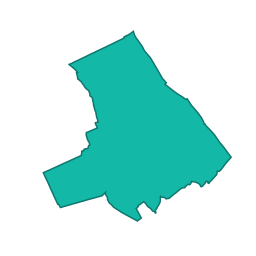 Prundu, Giurgiu, Romania, rotated 256°
{"feature_id": "2599482B89662234668465", "entity_name": "Prundu", "entity_type": "district", "adm_level": 2, "iso_a3": "ROU", "parent_name": "Romania", "parent_adm1": "Giurgiu", "projection": "mercator", "projection_center": [26.231, 44.069], "detail": "fine", "context": "isolated", "style": "filled", "palette": "teal", "viewbox_px": 256, "rotation_deg": 256, "n_neighbors": 0, "source": "geoboundaries", "source_scale": "gbopen_adm2", "svg_char_len": 5386}
<svg xmlns="http://www.w3.org/2000/svg" viewBox="0 0 256 256"><g transform="rotate(256 128 128)"><path d="M74.7,221.0L76.5,220.2L86.7,216.0L92.2,213.3L100.4,210.3L106.8,206.9L110.8,204.5L112.3,203.9L113.3,203.6L113.3,203.1L116.1,202.7L117.1,202.5L120.4,201.7L126.8,199.0L134.8,195.0L141.0,192.8L142.1,192.4L141.7,191.0L142.2,190.6L144.9,188.4L148.9,184.5L152.8,181.2L155.0,179.5L161.4,174.5L162.6,176.1L166.2,174.3L166.3,174.1L167.7,173.4L176.3,171.0L185.5,168.3L190.4,166.8L190.7,166.7L198.7,162.7L203.5,161.6L211.1,158.7L211.8,158.4L213.6,157.6L215.4,157.1L217.1,156.7L220.5,156.6L219.0,153.1L217.7,148.8L218.0,148.7L217.2,146.2L216.8,146.4L216.6,146.4L216.5,146.1L216.0,144.7L215.9,144.6L215.8,144.4L215.8,143.9L215.4,142.1L214.9,139.5L213.8,134.4L212.7,129.3L211.6,124.0L209.8,114.8L209.5,114.3L209.4,113.6L209.3,112.3L208.6,108.9L207.5,104.1L206.8,100.5L205.9,96.6L205.4,93.6L204.7,90.5L204.4,89.2L203.9,86.4L204.0,86.3L203.8,86.1L203.4,86.5L198.1,90.5L194.1,92.7L194.2,91.5L194.2,91.4L191.0,91.4L190.4,91.4L189.0,91.3L188.7,91.2L188.2,91.1L187.9,91.1L187.5,91.3L187.3,91.4L186.7,92.0L186.2,92.4L185.8,92.6L185.0,93.2L184.4,93.7L183.7,94.0L183.1,94.2L182.0,94.6L181.3,94.9L180.3,95.4L180.0,95.5L179.7,95.6L179.4,95.6L178.3,95.9L178.0,96.0L177.1,96.5L176.7,96.7L175.2,97.7L175.0,97.8L174.4,98.4L174.0,98.8L173.8,98.9L173.0,99.0L172.3,99.0L171.1,99.2L170.7,99.5L170.4,99.3L169.6,99.0L169.4,99.0L169.2,98.9L168.9,98.9L168.4,99.0L167.9,99.1L167.6,99.5L167.2,100.1L166.6,100.4L166.3,100.5L166.1,100.5L165.8,100.6L165.1,100.6L164.8,100.6L163.2,100.5L162.4,100.4L161.9,100.4L161.5,100.4L161.2,100.4L160.3,100.5L159.8,100.5L159.6,100.4L159.3,100.3L159.1,100.2L158.8,100.1L158.6,100.1L158.3,100.1L157.6,100.2L157.2,100.2L156.5,100.2L156.2,100.2L155.4,100.2L154.7,100.2L154.4,100.2L154.0,100.2L153.6,100.2L152.6,100.3L152.2,100.4L151.9,100.5L151.6,100.6L151.1,100.6L150.8,100.6L150.4,100.5L150.2,100.4L149.9,100.4L149.4,100.5L148.8,100.4L148.1,100.3L146.7,100.3L146.0,100.2L145.6,100.2L144.6,100.4L144.2,100.4L143.9,100.4L143.2,100.5L142.8,100.5L142.5,100.4L142.2,100.3L141.8,100.4L141.5,100.5L141.3,100.5L141.0,100.5L141.0,97.6L140.9,97.6L139.7,97.5L139.0,97.6L138.9,97.7L136.2,98.1L135.8,98.2L135.5,98.3L135.3,97.5L134.8,94.0L134.7,93.3L134.1,89.9L133.9,88.5L133.6,86.4L133.0,86.4L132.7,86.2L131.8,85.9L130.9,85.7L130.4,85.7L129.4,85.8L128.7,85.8L127.1,85.9L126.8,85.9L126.4,86.0L125.4,86.2L123.2,86.8L122.8,86.9L122.1,86.9L121.5,86.9L120.7,86.9L120.6,85.9L120.5,85.7L120.4,85.6L120.1,85.3L118.9,84.7L118.3,84.5L118.1,84.4L117.9,84.2L118.1,80.4L117.6,80.0L116.6,79.6L116.6,78.8L116.8,78.3L116.8,77.8L116.6,77.5L116.3,77.4L115.2,77.2L114.1,76.5L112.7,76.2L111.2,68.3L111.2,67.9L111.0,67.2L109.0,56.0L108.7,54.6L106.8,44.5L106.6,43.5L105.1,35.0L100.3,35.9L93.0,37.4L90.5,37.8L88.1,38.2L82.1,39.3L76.7,40.3L71.0,41.4L71.0,42.1L69.3,42.6L67.2,43.2L67.2,43.9L67.7,57.4L67.8,61.8L67.9,63.9L68.0,67.2L68.0,67.8L68.1,69.4L68.2,72.6L68.3,78.6L68.4,81.8L68.5,86.4L69.8,88.5L70.3,89.4L70.8,90.3L70.9,90.5L70.1,90.1L69.8,90.1L69.5,90.1L69.1,90.1L68.0,90.4L66.0,91.1L65.6,91.2L65.4,91.2L65.1,91.2L64.2,90.9L63.9,90.9L63.7,90.8L63.3,90.9L60.2,91.6L59.9,91.7L58.4,92.8L57.2,93.6L55.5,94.4L55.0,94.7L54.6,94.9L53.2,96.2L52.7,96.7L52.2,97.2L49.2,100.0L48.7,100.4L47.0,102.1L44.6,104.7L43.4,106.0L38.1,111.8L37.2,112.8L35.5,114.6L36.2,116.1L37.4,119.1L40.9,118.2L47.8,116.5L49.4,119.0L49.7,119.1L50.1,119.1L50.5,119.1L50.7,120.7L50.9,121.3L51.3,122.1L51.7,122.3L51.8,122.6L51.8,122.8L52.0,123.9L52.1,124.2L52.3,124.6L52.8,125.5L51.9,125.9L51.8,126.1L50.5,126.8L48.1,127.7L46.6,128.5L45.2,129.8L44.7,130.1L44.6,130.3L43.7,130.9L43.4,131.0L43.0,131.1L42.6,131.3L42.0,131.5L41.7,131.6L41.4,131.9L41.2,132.4L41.0,132.7L40.8,133.0L40.6,133.2L40.2,133.5L39.7,133.7L39.1,133.8L38.8,134.3L39.1,134.5L39.5,134.5L40.5,134.6L40.9,134.6L41.4,134.7L41.8,134.9L42.0,135.1L42.3,135.5L42.6,135.8L42.7,136.1L42.9,136.5L43.0,136.5L43.3,136.6L45.3,138.5L46.0,139.3L46.8,140.0L48.2,141.1L49.3,141.6L50.1,141.9L50.7,142.1L51.5,142.3L52.6,142.4L53.0,142.5L53.3,142.7L53.1,142.7L52.9,143.6L52.7,144.2L52.5,144.6L52.0,146.3L51.9,146.5L50.4,147.5L50.1,147.9L50.0,148.2L49.9,148.2L49.9,148.5L50.1,149.1L49.8,150.8L52.6,156.5L52.7,156.8L53.3,158.4L56.1,164.0L56.1,164.3L56.4,164.8L56.5,164.9L56.6,165.5L56.6,165.9L56.7,166.4L56.6,167.2L56.4,167.8L56.4,168.1L56.4,168.4L56.4,168.6L56.5,168.8L56.6,169.0L56.9,169.3L57.4,169.7L57.5,169.8L57.6,170.0L58.0,171.1L58.5,171.9L58.5,172.1L58.8,172.4L58.8,172.7L58.7,173.0L58.4,173.4L58.3,173.6L58.1,173.9L58.1,174.0L58.3,174.7L60.0,176.4L60.4,176.4L60.6,176.5L60.8,176.7L60.7,177.0L60.6,177.3L60.4,177.5L60.2,177.9L59.8,179.0L59.6,179.5L58.9,180.8L58.5,181.2L57.7,182.4L57.1,183.0L55.9,183.9L55.7,184.0L55.4,184.2L55.1,184.2L54.2,184.3L53.9,184.4L53.7,184.4L53.5,184.6L53.4,184.7L53.4,184.8L53.3,185.0L53.4,185.9L53.4,186.0L53.5,186.1L54.4,187.4L54.8,188.1L55.3,188.9L55.4,189.0L55.8,189.4L56.0,189.6L56.9,190.3L57.1,190.5L57.2,190.9L57.3,191.1L57.3,191.3L57.2,191.6L57.1,191.8L56.9,191.9L56.8,192.0L56.7,192.1L55.9,192.2L55.4,192.4L55.1,192.5L54.9,192.7L55.0,192.8L54.9,193.1L54.9,193.3L55.0,193.5L55.4,193.5L55.6,193.5L55.8,193.5L56.0,193.7L56.0,193.9L56.0,194.1L55.9,194.3L55.9,194.6L61.3,202.7L62.0,203.0L63.2,203.7L63.5,203.8L64.0,203.8L64.3,203.9L64.5,204.1L64.3,205.0L64.1,205.9L63.9,206.2L65.4,208.7L69.5,213.6L74.7,221.0Z" fill="#14b8a6" stroke="#0f766e" stroke-width="1.5"/></g></svg>